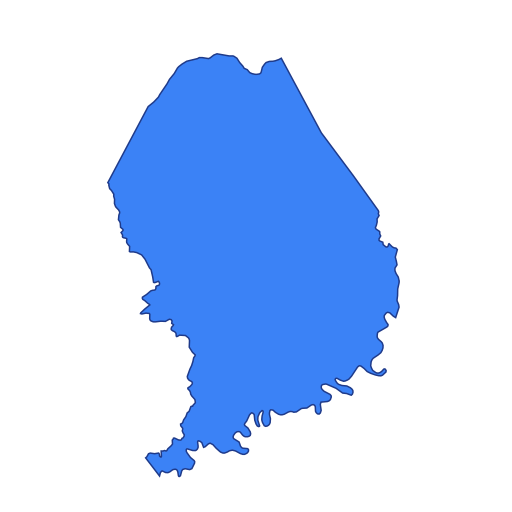 Bonito Oriental, Colón, Honduras (Robinson projection), rotated 171°
{"feature_id": "27666195B94434942697031", "entity_name": "Bonito Oriental", "entity_type": "district", "adm_level": 2, "iso_a3": "HND", "parent_name": "Honduras", "parent_adm1": "Colón", "projection": "robinson", "projection_center": [-85.72, 15.712], "detail": "fine", "context": "isolated", "style": "filled", "palette": "blue", "viewbox_px": 512, "rotation_deg": 171, "n_neighbors": 0, "source": "geoboundaries", "source_scale": "gbopen_adm2", "svg_char_len": 6003}
<svg xmlns="http://www.w3.org/2000/svg" viewBox="0 0 512 512"><g transform="rotate(171 256 256)"><path d="M127.7,173.3L122.7,183.1L122.7,185.6L123.6,189.3L123.6,190.5L122.4,194.6L121.2,201.3L118.9,207.1L118.5,208.9L118.8,213.0L120.4,216.8L121.0,219.5L120.9,221.2L120.5,222.5L118.1,225.2L118.2,229.0L118.6,233.1L115.4,240.2L116.5,241.9L118.4,242.5L120.0,243.7L122.6,247.3L123.1,247.1L123.8,245.4L124.6,244.6L125.4,244.4L126.4,244.8L128.6,247.3L128.6,249.8L131.3,251.4L132.0,252.2L131.8,253.7L129.7,256.3L130.3,258.3L130.0,260.6L130.3,261.1L133.1,263.7L133.5,264.5L133.6,265.4L132.3,267.5L131.0,270.7L130.6,273.8L128.1,276.7L128.6,278.6L127.9,280.3L128.1,281.7L147.2,319.8L172.2,367.4L200.1,447.4L202.6,446.5L206.4,445.8L208.8,445.7L212.4,446.1L215.8,445.5L217.6,444.1L220.2,441.4L222.2,436.7L222.7,436.0L224.0,435.3L226.8,435.3L228.5,435.6L231.3,436.7L233.5,438.1L235.5,441.4L238.3,443.2L239.3,445.6L241.9,449.7L243.9,454.3L246.3,456.5L247.4,457.2L251.2,457.8L262.9,461.8L266.2,461.1L270.2,458.9L272.0,458.4L278.2,460.4L281.0,460.8L283.0,460.1L294.0,459.2L299.1,457.1L302.7,455.1L304.2,453.9L308.2,449.0L313.8,444.0L316.9,440.0L325.8,430.5L327.5,428.2L333.0,424.0L339.1,420.5L390.9,351.6L390.0,350.3L390.3,348.7L390.0,345.4L388.5,343.3L386.8,339.3L387.2,337.3L386.8,334.2L387.6,330.0L387.1,327.3L386.7,326.2L384.5,323.0L383.8,321.0L383.9,319.9L385.0,317.9L386.2,313.3L385.2,311.2L384.9,309.6L385.3,305.5L383.4,303.3L383.2,302.5L383.7,301.7L385.6,300.3L384.6,297.9L384.6,296.9L384.9,296.0L384.7,295.3L383.9,294.7L381.5,293.8L380.9,293.1L381.5,290.9L381.6,289.5L380.9,287.8L379.3,285.3L380.3,280.3L379.6,279.7L376.3,279.2L373.2,278.0L368.8,275.0L366.1,270.2L363.1,261.0L361.8,258.9L361.3,251.6L361.3,246.0L360.7,245.6L359.6,245.6L356.4,246.3L356.0,245.8L355.5,244.3L355.8,243.0L356.5,242.3L358.8,242.0L359.6,241.5L360.0,239.5L360.7,238.5L361.6,238.2L363.6,238.3L365.4,238.0L370.1,235.1L374.6,233.1L374.9,232.1L374.6,230.9L372.8,229.3L370.3,226.2L368.7,224.8L368.5,224.3L374.2,221.0L378.7,217.9L379.1,217.2L377.8,216.6L373.6,216.8L370.3,215.9L370.0,215.0L370.8,210.8L370.7,209.5L369.9,208.3L367.9,207.1L365.8,206.7L360.2,206.5L355.7,205.6L351.5,207.1L349.7,206.4L349.1,205.0L349.8,202.6L348.2,201.1L348.6,200.4L350.5,198.9L351.2,197.3L351.2,196.5L350.2,195.3L348.4,194.1L347.4,192.9L347.1,191.8L347.3,189.5L347.1,188.9L346.2,188.9L343.9,189.8L338.1,188.5L335.5,185.7L335.0,184.3L334.9,182.9L336.2,176.4L333.8,170.8L331.5,167.8L331.9,166.9L333.5,165.2L334.8,161.7L336.7,157.9L338.9,154.7L342.7,147.8L342.7,146.1L342.0,144.5L341.3,143.6L339.1,142.0L338.7,140.6L339.0,139.7L339.7,138.9L341.6,137.4L343.8,136.5L344.1,135.5L342.6,133.3L342.1,131.6L342.1,129.8L341.4,127.9L338.8,123.8L338.8,120.9L339.3,120.2L341.7,118.3L342.1,117.5L343.3,117.7L343.9,117.4L346.4,113.0L348.5,111.8L350.4,108.3L353.1,105.5L354.5,102.9L355.2,102.3L356.8,101.8L356.9,100.1L355.4,97.4L355.5,96.4L356.2,94.8L355.6,92.4L354.8,90.7L355.3,89.1L356.6,87.7L357.6,87.5L358.4,86.3L359.4,85.9L361.4,86.5L364.9,88.9L366.0,89.0L366.6,87.9L367.5,87.3L367.9,83.3L369.4,81.9L373.2,79.4L374.6,77.7L375.4,77.5L376.8,78.2L378.3,77.9L380.2,78.2L380.7,73.0L381.2,72.3L381.7,72.4L382.5,73.4L382.5,75.7L383.0,76.6L387.1,76.6L391.3,77.9L393.1,77.5L395.3,74.7L396.6,73.9L385.7,53.8L384.3,57.0L382.8,58.3L382.1,58.3L379.2,56.3L376.9,55.8L374.9,56.3L371.6,58.0L369.3,58.1L368.1,57.6L367.4,56.7L367.0,55.0L367.0,51.1L366.7,50.4L366.1,50.2L365.0,50.8L362.9,55.5L361.8,56.6L359.3,57.0L354.9,55.4L352.6,56.0L349.1,61.0L348.7,62.6L349.1,63.6L352.3,67.3L355.0,72.6L355.4,74.1L355.2,75.6L354.7,76.2L353.9,76.2L349.0,73.8L346.3,73.3L345.3,73.6L344.1,74.5L343.2,75.9L342.9,77.5L342.8,81.3L342.4,82.2L341.9,82.5L340.3,81.8L338.7,80.1L337.7,75.2L336.0,75.6L332.4,77.9L330.6,78.3L328.0,76.4L325.5,72.5L323.0,69.4L321.7,67.9L319.6,66.6L317.8,66.3L314.9,66.9L312.6,67.8L309.7,67.9L306.8,66.7L302.3,63.3L300.1,62.2L298.3,61.9L295.9,62.6L294.9,63.3L294.0,64.4L293.7,65.7L293.9,66.5L294.6,67.1L299.3,68.3L300.0,68.9L301.0,70.4L301.8,74.9L306.4,78.9L306.9,79.9L306.9,80.9L306.3,82.3L304.4,84.3L302.6,85.3L301.2,85.4L299.9,85.1L299.0,84.4L297.3,81.3L296.2,80.0L295.0,79.2L292.5,78.8L290.9,79.1L289.8,79.7L289.1,81.2L289.2,83.2L290.9,87.4L293.6,90.3L293.8,91.3L293.3,92.3L291.0,94.5L287.2,100.2L285.0,101.8L283.8,101.3L282.6,99.8L282.9,94.0L282.2,90.0L281.3,87.9L280.1,87.1L279.3,87.2L279.0,87.6L279.9,93.7L279.2,97.0L276.8,100.7L274.2,102.4L273.5,102.0L273.3,100.8L275.0,97.0L275.8,93.9L275.9,92.6L275.6,90.5L274.4,87.1L273.2,86.3L271.6,86.3L270.1,86.9L269.0,87.8L268.1,89.2L267.2,93.0L267.5,97.2L267.3,98.8L266.4,101.2L265.4,101.8L263.3,101.1L261.4,98.7L258.5,96.2L256.5,95.3L255.0,95.1L252.9,95.3L248.6,96.8L246.7,97.1L244.7,96.7L243.1,95.8L240.5,95.7L235.2,98.2L233.8,98.3L229.5,97.9L224.6,100.2L222.8,100.3L221.6,99.5L221.0,98.1L221.5,93.3L221.1,92.0L220.0,90.5L218.4,90.0L217.0,90.9L215.8,93.3L215.7,99.3L214.7,101.5L208.2,101.1L206.5,101.5L205.0,102.5L203.7,105.0L203.7,106.4L204.6,107.8L209.9,111.7L211.5,113.8L212.1,115.3L212.0,116.7L211.5,117.9L210.4,118.6L207.4,118.7L206.2,118.3L197.6,112.8L191.9,107.1L188.0,106.0L183.7,103.6L182.4,104.5L181.5,106.3L181.4,108.1L182.1,109.6L183.4,111.1L186.6,113.4L191.5,114.7L194.5,116.3L195.7,117.7L196.8,120.0L197.2,121.5L196.7,122.4L196.0,122.7L194.9,122.4L192.1,120.2L189.1,118.6L187.5,118.6L185.1,119.2L183.4,119.9L180.4,122.4L173.1,130.4L171.8,131.2L170.8,131.4L169.6,130.9L166.8,128.0L164.3,124.5L161.1,122.2L156.8,119.9L153.6,118.6L151.4,118.1L149.7,118.5L145.8,121.1L145.4,122.5L146.0,124.0L146.8,124.4L147.5,124.3L150.0,122.3L152.0,121.4L153.5,121.2L155.1,121.6L155.9,122.1L158.6,124.7L159.4,127.0L159.9,129.6L158.8,133.6L157.5,135.6L156.2,136.7L150.8,139.2L147.8,141.0L146.2,143.0L145.0,145.3L144.5,147.8L144.9,150.3L145.7,151.7L148.1,154.6L148.9,156.3L148.9,157.9L148.2,160.5L147.7,161.5L147.0,161.9L138.6,165.1L137.3,165.7L136.6,166.4L136.3,167.7L137.4,169.8L138.7,173.4L139.0,175.7L138.5,177.3L136.2,179.4L134.8,179.8L132.8,179.0L129.8,175.1L127.7,173.3Z" fill="#3b82f6" stroke="#1e3a8a" stroke-width="1.5"/></g></svg>